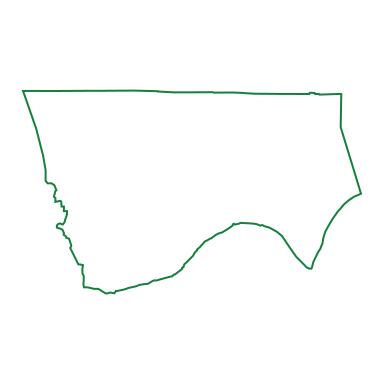 outline of Illiasa, North Bank, Gambia
{"feature_id": "56634734B27555440336226", "entity_name": "Illiasa", "entity_type": "district", "adm_level": 2, "iso_a3": "GMB", "parent_name": "Gambia", "parent_adm1": "North Bank", "projection": "equal_earth", "projection_center": [-15.729, 13.524], "detail": "fine", "context": "isolated", "style": "outline", "palette": "green", "viewbox_px": 384, "rotation_deg": 0, "n_neighbors": 0, "source": "geoboundaries", "source_scale": "gbopen_adm2", "svg_char_len": 2405}
<svg xmlns="http://www.w3.org/2000/svg" viewBox="0 0 384 384"><path d="M83.7,285.8L84.0,287.3L87.5,287.3L94.3,288.9L98.4,288.9L105.6,293.4L107.4,293.4L110.2,292.5L114.3,293.3L115.2,292.1L115.7,291.2L115.8,291.3L123.6,289.6L126.4,288.8L128.3,288.0L132.9,287.0L136.1,286.3L139.2,285.0L143.6,284.2L147.9,283.8L153.5,280.5L157.0,280.4L159.4,279.6L168.2,277.2L170.0,276.7L172.2,276.3L173.8,274.6L174.7,274.6L182.2,268.9L182.2,267.6L183.4,267.2L184.3,264.3L186.2,262.7L193.1,255.7L194.9,252.4L197.1,250.3L197.1,249.5L199.6,247.4L201.7,245.0L202.5,244.3L204.6,241.6L207.9,240.0L210.0,238.6L210.8,238.6L216.4,234.5L219.5,233.1L222.0,232.5L223.8,231.4L227.4,229.2L232.3,225.9L232.9,224.3L234.2,223.8L235.0,224.6L239.4,223.5L240.4,222.9L246.6,223.2L250.2,223.4L254.1,223.7L256.8,224.2L260.3,225.6L262.2,225.0L264.2,226.1L269.6,227.7L276.9,231.8L282.1,236.1L283.0,237.5L287.1,243.6L290.6,248.8L296.4,257.0L300.8,261.3L306.6,267.3L309.5,268.7L311.4,268.6L312.0,267.3L313.4,261.8L318.2,252.0L320.2,249.0L321.3,246.0L322.3,244.1L322.5,243.1L323.3,238.3L324.2,235.0L325.2,231.8L328.5,225.8L332.6,218.9L337.8,211.5L340.7,208.3L344.4,203.9L349.8,199.5L351.2,198.7L353.5,197.0L357.2,195.4L359.1,194.6L361.0,193.7L352.3,165.1L345.6,143.3L340.7,127.2L340.8,120.1L341.0,108.8L341.1,105.6L341.1,104.2L341.3,94.2L341.1,93.9L334.9,94.1L319.3,94.6L318.9,94.0L315.1,94.0L314.6,93.0L311.1,92.8L310.1,92.7L309.6,93.0L309.3,94.0L304.9,94.0L304.5,94.0L276.0,93.9L264.2,93.8L262.2,93.8L254.4,93.7L244.1,93.1L243.9,93.0L237.6,92.7L235.0,92.6L233.5,92.5L218.2,92.6L213.6,92.6L212.8,92.2L197.4,92.3L177.0,92.3L174.6,92.4L157.9,91.5L157.9,91.2L134.5,90.6L100.0,90.8L89.1,90.8L56.6,91.0L49.5,91.0L48.8,91.0L48.4,91.0L23.0,90.9L25.8,98.8L26.5,100.8L32.3,117.5L33.1,119.9L33.5,121.1L35.4,126.4L36.3,129.1L36.5,129.8L39.5,141.6L40.9,147.2L42.8,154.4L43.1,155.8L43.5,158.0L45.1,167.2L45.6,169.9L45.6,180.8L47.6,183.3L51.5,183.3L54.4,185.2L56.4,190.3L55.4,191.0L53.9,196.7L55.4,198.0L55.4,201.9L60.0,200.9L61.2,201.4L61.6,206.5L63.9,206.5L63.9,211.1L67.0,211.1L67.0,211.7L67.0,214.2L65.9,217.8L65.1,219.8L64.7,221.9L62.8,224.5L60.0,223.5L58.1,224.0L56.9,225.5L56.9,227.6L58.5,228.1L62.4,229.6L64.0,233.2L63.6,234.7L65.9,236.3L66.3,237.8L69.0,238.6L71.2,245.1L71.2,246.3L70.2,248.0L78.4,264.4L79.9,264.4L83.0,265.2L82.4,268.4L82.4,270.5L82.4,273.4L83.7,275.8L83.7,280.3L83.4,284.4L83.7,285.8Z" fill="none" stroke="#15803d" stroke-width="2"/></svg>